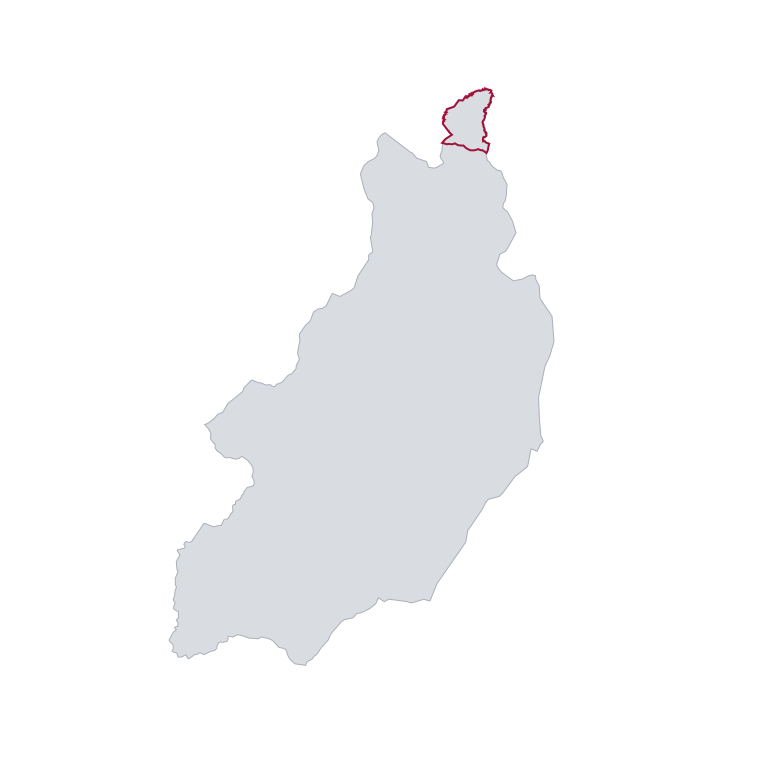 location of Xalx gol, Dornod, Mongolia, rotated 282°
{"feature_id": "93677404B3085807680593", "entity_name": "Xalx gol", "entity_type": "district", "adm_level": 2, "iso_a3": "MNG", "parent_name": "Mongolia", "parent_adm1": "Dornod", "projection": "albers", "projection_center": [119.062, 47.201], "detail": "fine", "context": "in_parent", "style": "outline", "palette": "rose", "viewbox_px": 768, "rotation_deg": 282, "n_neighbors": 0, "source": "geoboundaries", "source_scale": "gbopen_adm2", "svg_char_len": 8548}
<svg xmlns="http://www.w3.org/2000/svg" viewBox="0 0 768 768"><g transform="rotate(282 384 384)"><path d="M78.7,232.2L80.9,233.0L85.3,231.9L87.1,228.5L88.9,227.0L97.3,229.4L100.4,231.9L101.9,229.9L102.7,229.8L103.9,232.5L106.0,232.4L107.6,232.1L109.9,229.9L112.4,231.5L118.3,230.4L120.1,225.1L122.4,224.6L127.0,225.2L128.5,223.0L129.6,222.7L132.9,223.2L139.2,222.6L141.8,223.3L144.6,221.6L150.4,220.3L158.0,221.5L159.1,220.2L167.3,217.7L174.3,220.0L177.7,216.5L178.9,216.4L182.0,223.1L184.2,223.2L185.6,221.5L188.6,222.6L188.6,226.5L189.8,228.5L210.1,236.8L210.3,238.3L208.8,247.0L211.4,252.1L211.8,254.2L217.7,255.5L220.1,259.6L225.2,261.1L227.5,262.7L233.3,261.3L234.4,261.7L235.5,263.7L238.3,263.3L242.0,267.5L245.7,268.0L247.1,269.7L249.5,269.4L254.3,271.7L257.2,277.3L260.1,277.8L264.3,275.8L265.8,274.1L271.0,274.4L274.3,273.3L276.7,271.9L281.2,266.2L283.6,259.7L281.4,258.0L279.8,255.2L279.6,251.2L280.1,248.7L278.8,244.3L279.6,242.4L281.8,239.6L283.9,234.5L286.4,232.0L290.1,231.3L291.0,229.3L294.2,225.8L300.0,224.8L304.1,221.1L307.0,216.9L308.9,219.9L314.7,224.9L320.0,227.8L322.8,232.1L332.5,235.4L347.2,247.3L350.8,247.7L359.9,253.2L360.5,254.5L359.1,260.5L359.5,262.4L358.5,268.9L359.7,272.6L358.3,276.4L358.9,277.8L361.3,278.9L364.4,283.8L372.8,288.5L374.9,291.7L380.8,294.8L384.2,294.3L389.3,296.0L391.3,295.9L395.2,293.4L397.5,292.9L409.8,292.6L413.4,291.1L415.7,291.1L424.6,294.7L430.6,298.8L439.9,300.1L443.8,304.2L445.1,307.8L448.4,311.2L461.3,314.4L461.8,315.2L460.5,322.1L460.9,323.2L468.4,332.1L472.1,334.8L484.2,336.0L502.4,343.2L507.0,342.2L510.7,345.1L512.3,345.1L525.1,340.0L526.9,340.6L539.8,339.3L548.1,336.8L554.2,337.6L559.2,335.2L561.7,329.9L570.1,324.2L584.5,317.2L593.0,318.9L597.9,322.0L602.8,327.9L605.7,329.6L611.3,330.4L619.5,326.8L623.6,327.9L627.4,329.8L629.9,332.7L616.2,361.8L615.9,363.5L611.6,369.5L610.5,379.3L605.2,382.6L605.6,388.2L606.7,390.4L612.1,396.3L614.1,395.6L615.8,393.3L619.0,391.4L624.7,392.1L629.7,391.4L635.8,393.4L641.4,398.2L650.0,388.3L657.6,387.2L664.7,388.6L669.9,395.4L676.4,398.5L678.0,402.4L680.6,404.0L681.4,405.8L689.2,413.6L690.9,418.7L693.1,422.3L693.1,426.1L692.6,427.9L689.3,429.9L678.1,429.0L671.5,425.4L669.0,427.4L660.5,426.6L655.6,428.0L652.3,429.4L650.2,431.8L648.7,432.4L647.3,432.2L644.7,430.2L642.5,430.2L641.8,430.7L640.2,436.9L632.9,436.7L630.4,435.9L624.2,438.6L623.1,441.0L619.7,444.3L616.5,450.5L617.0,453.2L616.0,454.9L610.3,458.1L604.8,462.9L593.8,464.4L588.7,464.5L584.9,463.1L581.1,463.7L577.8,469.2L570.2,475.7L559.3,481.7L540.9,476.2L538.7,474.9L535.1,470.4L524.3,469.3L520.9,471.8L517.7,475.8L511.8,489.1L515.3,497.3L519.8,502.9L521.6,506.6L521.3,509.7L517.7,510.8L512.3,515.4L500.1,518.8L485.1,534.3L460.6,541.5L446.1,540.3L434.9,537.8L403.3,537.9L382.0,543.3L365.9,548.2L362.0,551.2L360.4,551.6L357.9,549.7L350.0,547.7L351.2,541.3L333.1,541.6L320.6,531.3L301.6,522.6L297.9,520.0L293.0,510.2L289.7,508.3L281.1,505.9L258.1,496.4L246.2,496.8L199.7,477.3L181.7,474.2L181.2,473.2L181.7,467.7L175.9,457.2L175.4,454.9L176.0,451.7L174.5,433.4L171.1,429.6L173.7,423.0L167.4,421.6L161.3,416.7L155.8,409.6L153.6,404.9L149.0,402.5L145.1,394.0L142.7,391.8L128.9,384.2L121.4,382.4L114.1,377.9L105.3,374.4L103.0,372.0L100.3,371.2L96.2,366.5L92.5,365.8L91.8,355.0L94.9,349.6L97.9,346.8L103.9,343.2L104.5,341.2L104.6,335.9L110.0,328.5L111.1,323.0L111.0,316.4L108.6,313.9L107.4,304.4L108.4,297.8L108.3,292.9L105.0,288.7L105.0,284.4L103.8,283.7L102.4,284.5L99.7,284.0L98.0,280.7L97.6,277.5L96.4,276.2L93.6,275.2L90.6,275.4L88.1,273.7L86.6,270.3L81.8,264.1L82.7,261.3L82.6,259.1L80.9,257.7L79.8,255.0L74.7,250.2L75.1,248.8L77.9,246.6L74.7,242.5L74.1,239.4L77.9,237.1L77.8,234.4L78.7,232.2Z" fill="#d9dde1" stroke="#a8b0b8" stroke-width="1"/><path d="M631.2,436.2L633.8,436.8L635.1,437.0L638.3,436.8L640.9,437.0L641.2,435.9L641.0,435.5L641.5,433.4L642.5,432.1L642.0,430.4L642.6,430.3L643.1,430.2L643.6,429.9L643.9,429.9L644.1,430.1L644.3,429.9L644.8,429.8L645.4,430.0L645.6,429.8L646.3,430.1L646.5,430.4L646.5,430.8L646.5,431.3L647.2,432.0L647.9,432.5L648.2,432.6L648.4,432.4L648.7,432.4L648.8,432.3L649.0,432.3L649.1,432.2L649.4,431.9L649.8,432.1L650.1,432.1L650.3,432.0L650.5,432.1L650.6,431.9L650.8,431.9L651.0,431.8L651.1,431.7L651.3,431.5L651.1,431.2L651.1,430.8L651.5,430.5L651.8,430.5L651.8,430.2L652.0,430.0L652.2,429.9L652.5,429.7L652.8,429.5L653.6,429.7L653.8,429.5L653.7,429.2L654.8,429.2L656.4,428.0L656.4,427.8L656.5,427.7L657.3,427.5L657.9,427.6L658.0,427.6L658.6,427.2L658.6,426.9L658.8,426.7L659.4,426.6L659.8,426.4L660.3,426.0L660.6,425.9L662.4,426.3L663.1,426.9L666.0,427.3L667.1,426.6L667.4,426.6L667.5,426.7L667.7,427.1L667.9,427.2L669.0,427.3L669.2,427.5L669.6,427.4L669.8,427.6L670.0,427.6L670.4,427.6L670.5,427.5L670.4,427.3L670.5,427.2L670.2,426.8L670.2,426.7L670.9,425.9L671.0,425.6L671.3,425.3L671.3,425.2L671.6,425.0L671.9,425.1L672.2,425.0L672.8,424.9L672.9,425.2L672.9,425.5L673.0,425.9L672.9,426.0L672.7,426.2L673.0,426.5L673.3,426.4L673.3,426.5L673.5,426.5L673.6,426.4L673.9,426.0L674.2,426.0L674.6,425.7L674.8,425.8L675.1,426.1L675.2,426.4L675.2,426.5L675.5,427.1L676.4,428.3L676.8,428.6L676.8,428.8L677.2,428.8L677.3,428.6L677.5,428.6L677.9,428.5L678.1,428.5L678.6,428.9L678.7,428.7L678.8,428.9L679.1,428.8L679.3,428.6L679.8,428.9L680.1,428.9L680.0,429.1L680.1,429.3L680.3,429.4L680.6,429.6L680.9,429.8L681.4,429.9L681.7,429.8L681.8,429.6L682.1,429.8L682.3,430.0L682.5,430.0L683.6,429.0L684.6,429.3L685.5,429.1L686.2,429.1L686.2,429.3L686.4,429.5L686.6,429.5L686.9,429.6L687.3,429.6L687.4,429.4L687.7,429.4L688.1,429.4L688.4,429.6L688.7,430.4L688.7,430.6L689.0,430.3L689.0,430.2L689.5,430.0L689.5,429.8L689.8,429.7L690.1,429.8L690.4,429.6L690.8,429.2L690.9,428.9L691.1,428.7L691.3,428.1L691.2,427.6L691.8,428.0L692.0,427.9L692.4,428.0L692.6,428.0L693.1,428.2L693.3,428.1L693.4,427.4L693.7,426.9L693.8,426.5L693.8,426.4L693.6,426.2L693.4,425.6L693.3,425.4L693.3,425.1L693.7,424.7L693.8,424.5L693.9,424.1L693.7,423.5L693.6,423.4L693.6,422.9L693.8,422.6L693.4,422.5L693.2,422.1L693.2,421.9L693.2,421.7L693.4,421.1L693.6,421.0L692.2,420.5L692.1,419.9L692.5,419.4L692.4,419.3L692.5,419.2L692.0,419.1L691.8,419.0L691.8,418.8L691.5,418.6L691.1,417.9L691.0,417.6L690.8,417.4L690.8,417.2L691.0,417.0L690.8,416.7L691.1,416.4L690.2,414.2L689.4,413.1L689.2,412.3L688.8,412.1L688.5,411.8L688.4,411.7L688.2,411.5L688.1,411.4L687.9,411.2L687.6,411.0L687.6,410.9L687.4,410.8L686.8,410.7L686.4,410.8L686.3,410.7L686.1,410.7L685.9,410.4L686.1,410.4L686.0,410.2L686.1,409.9L686.0,410.0L685.9,409.8L685.9,409.7L686.0,409.8L686.2,409.7L685.9,409.6L685.9,409.4L686.0,409.4L685.9,409.2L686.0,409.1L685.7,409.1L685.5,408.9L685.3,409.1L685.3,408.9L685.2,408.8L685.4,408.8L685.4,408.7L685.2,408.7L685.0,408.4L684.9,408.5L684.9,408.3L684.7,408.5L684.6,408.4L684.5,408.5L684.5,408.4L684.4,408.3L684.4,408.2L684.5,408.1L684.3,408.1L684.2,407.9L684.2,408.0L683.9,407.8L684.0,407.7L683.8,407.7L683.7,407.6L683.8,407.6L683.7,407.5L683.8,407.4L683.6,407.4L683.6,407.2L683.5,406.8L683.3,406.8L683.2,406.9L683.1,406.6L682.9,406.7L682.6,406.4L682.3,406.3L682.3,406.2L682.1,406.1L682.2,405.9L682.1,405.6L681.7,405.4L681.8,405.3L681.6,405.3L681.5,405.2L681.5,405.4L681.4,405.4L681.4,405.5L681.2,405.5L681.4,404.6L682.1,403.8L678.6,402.5L677.6,401.9L677.2,398.2L669.9,394.9L665.9,388.3L663.6,388.2L663.4,388.4L663.4,388.1L663.2,388.0L663.2,387.9L663.0,387.7L662.8,387.8L662.7,387.7L662.6,387.8L662.0,387.7L661.8,387.8L661.6,388.0L661.6,387.9L661.5,388.0L661.4,387.9L661.1,388.0L660.7,387.8L660.7,388.0L660.4,387.8L660.2,387.8L660.0,387.6L659.9,387.6L659.9,387.4L659.7,387.3L659.7,387.5L659.6,387.3L659.3,387.2L659.3,386.8L658.9,386.9L658.6,386.8L658.3,386.9L658.3,386.7L658.1,386.6L657.9,386.8L657.8,386.7L657.7,386.9L657.6,387.0L657.4,387.0L657.2,387.0L657.2,386.8L657.0,386.7L656.9,386.8L657.0,386.9L656.8,386.8L656.7,387.1L656.4,387.0L656.5,387.1L656.4,387.2L656.2,387.3L656.1,387.2L656.1,387.3L655.9,387.3L655.7,387.4L655.6,387.6L655.5,387.4L655.5,387.5L655.3,387.6L655.1,387.7L654.8,387.8L654.9,387.6L654.7,387.7L654.7,387.8L654.6,387.7L654.5,387.8L654.3,387.7L654.2,387.6L653.8,387.6L653.7,387.6L653.8,387.7L653.7,387.7L653.4,387.5L653.2,387.6L653.0,387.4L652.9,387.3L652.6,387.4L652.4,387.4L652.5,387.2L652.4,387.2L652.2,387.3L650.7,387.5L644.9,394.3L644.9,394.7L644.1,395.1L641.9,398.6L636.2,393.0L631.9,390.7L631.6,395.9L632.2,396.9L632.7,401.0L634.1,403.4L633.0,406.7L633.3,409.8L633.8,412.1L631.7,415.5L630.6,419.5L630.9,422.0L631.8,424.8L633.4,427.5L632.9,429.0L632.8,430.5L633.2,431.3L632.3,433.9L631.2,436.2Z" fill="none" stroke="#9f1239" stroke-width="2"/></g></svg>